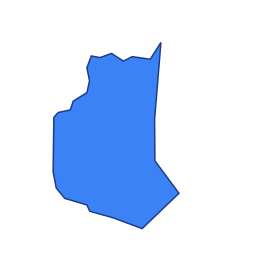 Rochdale, Equal Earth projection, rotated 293°
{"feature_id": "GBR-5680", "entity_name": "Rochdale", "entity_type": "Metropolitan Borough", "adm_level": 1, "iso_a3": "GBR", "parent_name": "United Kingdom", "parent_adm1": "", "projection": "equal_earth", "projection_center": [-2.125, 53.611], "detail": "fine", "context": "isolated", "style": "filled", "palette": "blue", "viewbox_px": 256, "rotation_deg": 293, "n_neighbors": 0, "source": "natural_earth", "source_scale": "10m", "svg_char_len": 449}
<svg xmlns="http://www.w3.org/2000/svg" viewBox="0 0 256 256"><g transform="rotate(293 128 128)"><path d="M219.6,124.9L146.4,149.1L108.3,165.6L87.8,200.4L40.9,180.3L39.5,149.1L36.4,125.4L41.1,120.2L38.5,97.4L44.7,85.4L58.4,76.2L108.8,55.6L115.0,57.7L122.1,67.8L131.4,67.1L144.6,76.4L156.5,74.1L167.4,66.6L180.0,66.1L181.9,74.8L190.2,83.7L187.8,97.6L195.3,104.0L200.0,121.6L219.6,124.9Z" fill="#3b82f6" stroke="#1e3a8a" stroke-width="1.5"/></g></svg>